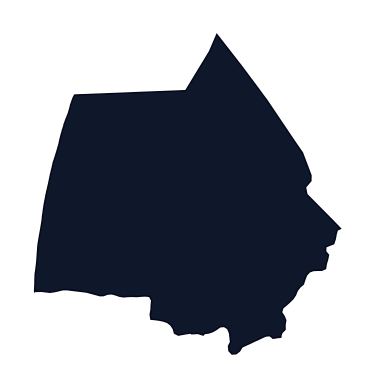 Tur Al Bahah, Lahij, Yemen (Robinson projection), rotated 184°
{"feature_id": "15242507B87552266659548", "entity_name": "Tur Al Bahah", "entity_type": "district", "adm_level": 2, "iso_a3": "YEM", "parent_name": "Yemen", "parent_adm1": "Lahij", "projection": "robinson", "projection_center": [44.539, 13.001], "detail": "fine", "context": "isolated", "style": "filled", "palette": "ink", "viewbox_px": 384, "rotation_deg": 184, "n_neighbors": 0, "source": "geoboundaries", "source_scale": "gbopen_adm2", "svg_char_len": 3094}
<svg xmlns="http://www.w3.org/2000/svg" viewBox="0 0 384 384"><g transform="rotate(184 192 192)"><path d="M93.2,53.6L93.4,54.5L93.2,55.5L92.5,58.0L89.6,61.3L90.0,65.8L89.8,68.6L89.7,69.1L89.6,70.6L91.6,74.6L94.4,78.1L93.4,82.6L89.9,86.0L86.8,89.2L83.9,92.5L82.3,95.3L81.6,96.5L80.2,101.0L77.7,104.7L74.6,107.8L74.5,108.0L73.4,112.4L72.0,117.0L69.3,120.5L65.5,122.2L61.3,122.7L57.2,123.0L53.5,124.9L53.1,129.6L52.1,134.1L51.5,138.7L54.6,141.9L54.8,146.6L50.9,148.5L47.1,150.3L45.9,155.0L45.4,159.6L44.5,164.2L41.4,165.9L49.2,172.9L77.3,197.6L79.2,204.7L74.2,211.5L74.3,212.3L74.5,216.8L76.5,221.2L84.6,238.8L91.4,247.3L95.5,252.5L101.4,260.1L105.8,265.7L110.0,271.1L123.8,288.8L127.7,293.3L132.4,298.9L151.8,321.4L178.2,350.8L184.2,333.5L205.3,292.6L315.8,280.5L315.9,280.4L316.5,278.9L317.1,277.6L317.5,276.1L318.0,274.6L318.3,273.1L318.8,271.5L319.2,270.0L319.4,268.2L319.8,266.5L320.1,264.9L320.5,263.1L320.8,261.6L321.4,260.0L321.8,258.5L322.3,257.0L322.9,255.3L323.3,253.8L323.7,252.2L324.2,250.8L324.4,249.2L324.8,247.6L325.2,245.9L325.6,244.4L325.8,242.9L326.2,241.1L326.3,240.8L326.6,239.4L326.9,237.5L327.2,236.0L327.4,234.4L327.7,232.7L327.9,231.0L328.2,229.3L328.6,227.8L328.9,226.2L329.3,224.4L329.6,222.9L330.0,221.3L330.4,219.6L330.8,217.8L331.2,216.3L331.6,214.6L332.0,213.2L332.4,211.5L332.6,210.0L332.9,208.3L333.1,206.6L333.4,205.1L333.7,203.4L333.9,201.7L334.3,199.8L334.5,198.3L334.7,196.7L334.9,195.2L335.2,193.2L335.4,191.3L335.7,189.4L336.0,187.8L336.2,186.2L336.5,184.3L336.8,182.8L337.0,181.1L337.3,179.3L337.5,177.8L337.7,175.8L337.9,174.2L338.1,172.6L338.3,171.0L338.5,169.3L338.6,167.8L338.7,166.2L338.9,164.4L339.0,162.6L339.1,160.9L339.2,159.3L339.4,157.6L339.4,156.0L339.4,154.2L339.5,152.5L339.7,150.9L339.8,149.1L340.0,147.6L340.1,146.1L340.3,144.0L340.5,142.4L340.7,140.5L340.9,138.7L341.1,137.2L341.2,135.6L341.4,133.9L341.5,132.2L341.7,130.7L341.8,128.8L341.9,126.8L341.9,124.9L341.9,123.1L341.9,121.1L341.9,119.5L341.9,117.6L341.9,115.9L341.9,114.6L341.9,114.1L341.9,112.2L342.0,110.6L342.0,109.1L342.1,107.5L342.2,105.5L342.3,103.9L342.4,102.0L342.6,100.4L342.6,98.8L342.6,97.1L342.5,95.6L342.5,94.0L342.4,92.2L342.3,90.6L342.2,89.0L342.2,87.1L342.1,85.6L342.1,84.0L342.1,82.5L342.0,81.8L341.9,81.9L339.5,82.1L335.1,82.5L330.9,82.3L326.6,82.1L322.5,83.0L318.4,84.2L314.4,85.5L311.5,85.8L310.3,85.9L290.3,84.9L276.6,82.2L273.1,82.5L269.2,84.3L265.0,84.9L260.9,84.1L256.9,83.0L252.8,82.7L248.5,83.4L244.1,83.8L239.9,83.9L235.5,84.6L231.2,85.1L227.0,84.9L224.6,81.0L224.7,76.4L224.6,71.6L225.1,66.9L224.1,62.3L220.0,62.2L215.6,61.9L211.4,61.3L207.4,60.2L203.8,57.8L201.1,54.3L199.5,49.9L198.9,49.7L195.6,48.3L191.5,49.4L187.4,50.4L183.4,51.3L182.6,50.6L176.2,51.4L170.9,50.1L169.6,51.8L165.5,52.6L161.7,54.2L158.1,56.6L154.7,59.5L150.5,60.2L146.8,58.2L144.7,54.0L143.8,49.5L143.0,44.9L144.8,40.8L144.0,36.2L142.4,34.7L140.8,33.2L136.7,33.8L133.4,36.8L131.5,40.8L108.7,53.4L104.6,54.2L102.1,52.7L101.2,51.8L99.6,52.2L99.2,52.1L98.7,52.1L97.5,52.7L96.5,52.8L95.1,53.1L94.4,53.1L93.6,53.3L93.2,53.6Z" fill="#0f172a" stroke="#020617" stroke-width="1.5"/></g></svg>